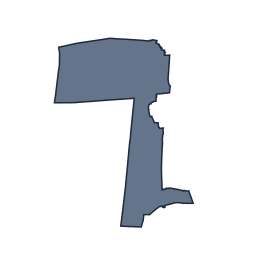 outline of Bloemendaal, Noord-Holland, Netherlands, rotated 342°
{"feature_id": "6326949B9558089239087", "entity_name": "Bloemendaal", "entity_type": "district", "adm_level": 2, "iso_a3": "NLD", "parent_name": "Netherlands", "parent_adm1": "Noord-Holland", "projection": "natural_earth1", "projection_center": [4.603, 52.374], "detail": "fine", "context": "isolated", "style": "filled", "palette": "slate", "viewbox_px": 256, "rotation_deg": 342, "n_neighbors": 0, "source": "geoboundaries", "source_scale": "gbopen_adm2", "svg_char_len": 4967}
<svg xmlns="http://www.w3.org/2000/svg" viewBox="0 0 256 256"><g transform="rotate(342 128 128)"><path d="M110.1,226.2L111.6,223.9L113.1,221.6L113.5,221.0L113.8,220.8L114.3,219.7L114.4,219.3L115.0,218.2L115.5,217.1L116.3,215.3L121.1,216.8L121.4,217.1L124.7,215.8L128.6,214.2L133.2,212.5L136.2,212.8L136.7,213.2L136.3,213.6L136.6,214.1L137.1,214.6L137.6,214.6L138.0,214.9L138.3,214.9L138.7,214.7L138.8,214.6L138.7,214.5L138.4,213.8L138.5,213.7L138.4,213.2L139.8,213.1L141.9,213.3L142.6,213.4L143.4,213.3L143.9,213.3L144.5,213.4L147.1,213.6L147.5,213.5L148.1,213.4L148.4,213.4L148.8,213.4L148.9,213.5L149.0,213.6L149.6,213.7L151.2,214.0L151.7,214.2L152.3,214.4L154.2,215.1L154.5,215.2L155.0,215.5L155.3,215.7L156.0,215.9L156.2,216.0L156.4,216.2L156.4,216.3L156.5,216.3L157.1,216.5L157.3,216.6L157.9,216.8L158.9,217.1L159.2,217.2L159.5,217.4L159.6,217.5L160.4,217.7L163.1,218.6L166.7,219.8L166.7,219.4L166.6,218.0L166.6,214.7L166.6,213.7L166.6,213.3L166.6,213.0L166.5,212.6L166.5,211.1L166.4,209.0L166.4,207.6L166.4,206.7L166.1,206.6L164.9,206.1L164.7,206.1L164.2,205.9L163.8,205.7L163.6,205.7L163.2,205.6L162.8,205.3L162.4,204.9L162.0,204.6L161.5,205.1L160.8,204.6L160.7,204.6L160.2,204.3L159.8,204.0L159.7,204.0L159.7,203.9L158.5,203.1L158.2,202.8L157.8,202.7L157.4,202.5L157.0,202.1L156.6,202.0L156.0,201.7L155.9,201.6L149.7,198.2L148.8,197.9L148.6,198.3L147.8,198.0L146.5,197.4L145.7,197.0L145.3,197.5L145.2,197.6L145.1,197.8L143.2,197.2L143.1,197.3L143.0,197.7L142.4,197.5L142.1,197.6L141.4,197.4L141.5,197.1L142.1,194.8L145.3,183.3L147.3,176.8L148.7,172.8L151.5,165.0L155.5,154.6L155.7,154.1L155.8,154.0L155.9,153.5L156.0,153.5L156.1,153.0L156.3,152.4L156.2,152.4L156.2,152.2L156.3,152.0L156.5,151.5L156.7,151.1L157.0,150.1L157.1,149.7L157.4,148.7L157.5,148.4L157.6,148.2L157.8,147.8L158.2,147.0L158.4,146.5L158.4,146.3L158.5,146.1L158.5,145.9L158.6,145.7L158.8,145.5L159.1,145.3L159.7,144.6L159.7,144.4L159.7,144.2L159.7,143.9L159.7,143.7L160.1,143.0L160.2,142.8L160.4,142.4L160.5,142.2L160.5,141.9L160.4,141.6L160.4,141.4L160.5,141.1L160.9,140.2L161.2,139.6L161.4,139.3L161.6,138.9L158.0,138.2L157.8,138.1L158.0,137.7L158.0,137.4L158.0,137.2L157.9,137.0L157.9,136.9L157.7,136.7L157.5,136.4L157.4,136.3L157.4,136.2L157.6,135.2L157.8,134.2L158.0,133.7L158.1,133.0L158.2,132.9L158.3,132.4L154.7,131.0L154.6,130.0L154.5,128.5L154.4,128.1L154.4,127.3L154.4,126.7L154.4,126.4L154.0,125.3L153.9,125.0L154.0,124.7L154.2,124.2L152.7,123.9L152.4,123.6L152.4,123.4L152.4,123.2L152.7,121.1L153.0,118.1L153.3,118.2L153.2,118.1L153.2,117.7L153.3,117.0L153.6,116.9L153.6,116.7L153.6,116.3L153.5,115.2L153.8,114.5L153.9,114.3L155.0,112.8L155.3,112.4L155.5,112.3L156.4,111.8L156.6,111.8L157.3,112.0L157.3,111.9L157.4,111.5L157.5,111.4L157.8,111.3L158.2,111.1L158.6,111.1L159.1,111.1L160.2,111.0L160.2,110.9L160.3,110.9L160.4,110.7L162.7,111.1L162.9,111.1L163.0,111.1L163.4,110.0L163.7,108.6L163.8,108.2L163.8,107.8L163.9,107.7L164.2,107.6L164.4,107.7L164.5,107.6L164.8,107.3L164.8,107.1L165.2,106.2L165.3,105.5L165.1,105.5L165.7,104.5L168.6,105.2L168.6,105.3L172.0,106.0L174.0,106.4L175.2,106.7L177.1,107.1L178.4,107.3L178.7,106.7L178.8,106.3L179.1,105.8L179.2,105.6L179.3,105.3L179.5,104.9L179.6,104.7L179.7,104.3L180.0,103.5L180.4,102.7L180.5,102.5L180.5,102.4L180.8,101.9L181.1,101.4L181.2,101.2L180.9,100.7L180.8,100.4L180.5,99.3L180.4,99.1L180.4,98.4L180.5,97.6L180.8,95.9L180.9,94.9L181.1,94.8L181.2,94.1L181.3,93.6L181.5,93.0L181.7,92.5L183.5,88.3L183.9,87.1L184.1,86.8L184.5,85.7L185.8,82.5L187.3,78.7L187.6,78.1L187.9,77.3L189.5,73.3L189.7,72.8L190.2,71.5L189.6,71.4L187.8,71.0L187.6,71.0L187.1,70.8L185.5,70.1L185.9,69.4L185.9,69.2L185.7,69.2L185.8,69.1L185.7,69.0L186.5,67.8L186.9,67.5L186.7,67.3L186.6,67.2L186.4,67.2L185.8,66.9L186.1,66.4L186.4,65.8L186.5,65.8L186.8,65.2L186.3,65.1L185.9,65.0L185.2,64.9L184.8,64.7L184.1,64.2L184.1,63.9L184.0,63.7L184.2,63.4L184.3,63.1L184.2,62.9L184.4,63.0L184.6,63.0L184.8,63.0L184.5,62.0L184.4,61.9L184.6,61.9L184.8,61.8L184.8,61.6L184.3,61.4L184.1,61.1L184.0,60.8L183.8,60.9L183.6,60.4L183.8,60.3L183.4,59.1L183.1,59.0L182.9,58.8L183.1,58.5L183.5,58.1L183.0,57.8L182.8,57.6L181.8,56.5L181.7,56.5L181.7,56.4L181.4,56.3L180.7,55.8L181.5,54.8L181.8,54.4L181.9,53.9L182.0,53.9L182.1,54.0L182.1,53.9L182.4,53.7L178.2,51.5L177.5,52.3L176.8,51.8L176.5,51.8L175.7,51.4L175.2,51.2L174.7,51.3L174.3,51.7L173.3,51.2L170.7,50.0L169.9,49.6L169.3,49.3L152.3,42.5L147.9,40.9L138.6,37.1L127.5,35.3L106.2,31.7L87.0,29.8L86.0,35.9L83.9,41.9L82.2,47.0L78.6,54.2L75.4,61.1L72.3,67.8L69.4,74.1L67.7,77.5L65.8,81.3L84.4,87.2L85.6,87.5L87.6,88.0L88.0,88.0L89.7,88.5L93.2,89.3L98.8,90.7L101.3,91.4L104.1,92.0L111.3,93.8L113.6,94.3L143.1,101.7L133.8,122.7L128.7,134.4L126.8,138.9L125.4,141.7L122.9,147.3L117.8,159.2L117.2,160.6L112.3,171.9L112.1,172.3L108.2,181.4L98.3,203.1L98.0,203.7L90.8,219.1L92.1,219.6L94.8,220.6L95.7,220.9L98.7,222.2L98.8,222.1L103.0,223.6L103.6,223.9L110.1,226.2Z" fill="#64748b" stroke="#1e293b" stroke-width="1.5"/></g></svg>